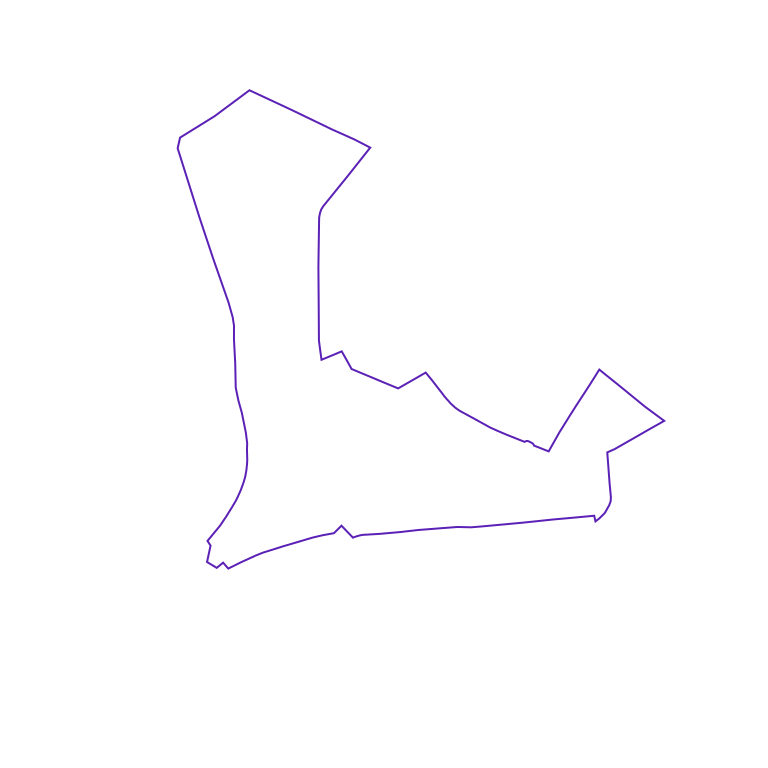 outline of Al Zahir, Al Qahirah, Egypt, rotated 200°
{"feature_id": "37247803B28746183260819", "entity_name": "Al Zahir", "entity_type": "district", "adm_level": 2, "iso_a3": "EGY", "parent_name": "Egypt", "parent_adm1": "Al Qahirah", "projection": "robinson", "projection_center": [31.266, 30.063], "detail": "fine", "context": "isolated", "style": "outline", "palette": "violet", "viewbox_px": 768, "rotation_deg": 200, "n_neighbors": 0, "source": "geoboundaries", "source_scale": "gbopen_adm2", "svg_char_len": 2134}
<svg xmlns="http://www.w3.org/2000/svg" viewBox="0 0 768 768"><g transform="rotate(200 384 384)"><path d="M108.1,445.2L130.8,451.9L164.4,463.6L178.6,468.4L186.6,471.2L190.4,453.5L196.1,429.0L198.6,417.6L202.7,398.2L206.2,377.0L216.7,377.3L221.9,377.4L222.9,378.4L223.1,378.6L224.8,379.2L228.4,379.6L229.6,379.6L230.9,379.0L232.1,377.7L251.8,378.3L260.9,378.8L269.3,379.4L270.0,379.5L270.7,379.6L289.0,382.5L302.5,384.5L303.7,384.7L306.0,385.3L308.9,386.1L314.7,388.5L318.1,390.4L319.1,390.9L319.6,391.1L320.6,391.7L321.5,392.2L322.5,392.8L323.5,393.3L324.4,394.0L339.3,403.4L348.7,409.0L369.2,384.7L383.3,385.3L419.6,387.0L428.2,394.5L434.9,400.2L451.0,385.4L457.6,397.9L458.7,400.1L459.9,402.3L473.2,438.1L485.7,471.6L501.9,518.3L502.6,522.8L502.7,526.3L501.9,530.3L489.3,566.8L477.8,601.4L478.5,601.5L479.3,601.6L495.7,603.7L519.8,605.4L539.4,607.4L567.4,610.2L610.9,614.0L634.8,577.7L659.9,545.8L658.5,534.9L614.3,477.3L587.4,443.4L557.8,407.2L549.1,395.1L544.9,387.5L540.2,374.5L530.9,352.6L528.1,345.4L522.1,329.9L515.2,318.7L507.8,308.4L497.2,291.1L492.3,281.5L490.3,275.4L486.7,266.3L486.0,264.2L485.6,262.8L485.2,261.4L484.8,260.0L484.5,258.5L484.1,257.1L483.8,255.7L483.5,254.2L483.3,252.8L483.0,251.3L482.8,249.9L482.6,248.4L482.4,245.1L482.3,243.2L482.3,241.3L482.3,239.4L482.3,237.6L482.3,235.7L482.4,233.8L482.5,232.0L482.7,230.1L482.8,228.2L483.0,226.4L483.2,224.3L483.3,223.5L483.5,222.6L484.7,216.2L487.0,205.1L487.2,204.2L487.5,203.3L489.6,194.8L496.2,176.2L491.7,172.8L489.4,156.2L478.3,154.0L474.1,161.1L467.2,157.3L457.3,167.7L445.9,178.9L440.1,184.1L423.0,197.2L398.5,215.3L390.1,220.8L380.0,226.7L375.5,236.3L360.6,229.0L360.0,229.6L359.3,230.2L355.6,233.0L353.9,234.1L352.3,235.0L337.0,241.6L316.9,251.0L315.7,251.6L314.4,252.3L301.7,258.6L280.6,268.2L266.0,274.8L265.3,275.0L264.5,275.3L253.2,279.1L243.4,283.6L220.9,294.2L206.1,301.2L195.6,306.3L178.6,314.6L163.4,321.7L141.4,332.1L138.3,327.2L137.1,329.1L135.7,331.3L132.4,338.3L130.9,347.1L130.9,349.2L130.9,351.2L132.0,355.1L137.9,367.5L150.8,396.1L145.0,401.7L131.1,418.1L119.8,431.5L108.1,445.2Z" fill="none" stroke="#5b21b6" stroke-width="2"/></g></svg>